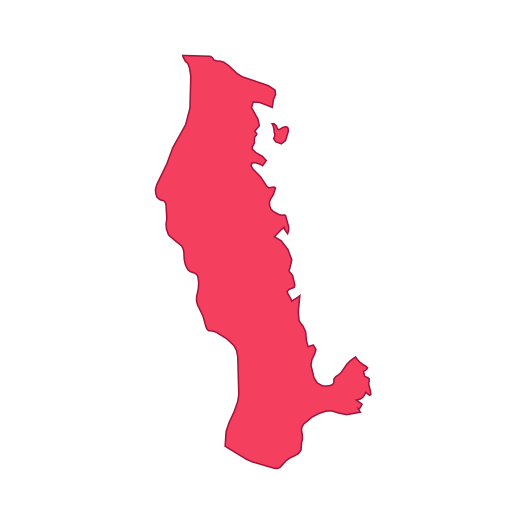 the County of Blekinge, rotated 257°
{"feature_id": "SWE-262", "entity_name": "Blekinge", "entity_type": "County", "adm_level": 1, "iso_a3": "SWE", "parent_name": "Sweden", "parent_adm1": "", "projection": "natural_earth1", "projection_center": [15.198, 56.256], "detail": "fine", "context": "isolated", "style": "filled", "palette": "rose", "viewbox_px": 512, "rotation_deg": 257, "n_neighbors": 0, "source": "natural_earth", "source_scale": "10m", "svg_char_len": 2963}
<svg xmlns="http://www.w3.org/2000/svg" viewBox="0 0 512 512"><g transform="rotate(257 256 256)"><path d="M467.9,229.7L460.9,256.3L459.1,258.1L456.3,259.2L454.8,261.9L453.8,265.2L452.2,268.1L448.0,271.9L438.1,278.6L433.8,282.8L419.1,306.5L413.3,311.9L409.0,311.4L404.3,308.1L397.1,305.3L404.7,294.2L406.7,287.9L401.5,285.0L388.8,288.7L382.3,288.6L377.8,282.8L374.9,284.3L373.5,283.3L372.2,281.5L369.8,280.6L366.6,279.9L362.9,276.9L361.0,276.3L356.7,279.2L351.7,284.6L346.7,287.5L342.5,282.8L344.3,280.8L346.7,277.0L347.7,273.2L345.2,271.5L341.7,272.4L332.0,278.3L321.2,282.3L319.6,283.9L319.2,289.1L317.9,290.3L312.8,287.3L310.8,285.7L308.7,283.4L305.9,281.4L302.1,280.6L298.4,281.1L295.7,282.7L291.5,287.3L289.8,290.5L289.8,292.6L288.6,293.9L277.2,294.4L273.7,293.7L270.6,291.8L275.6,289.8L277.6,289.8L276.1,286.6L270.6,278.3L265.1,284.0L255.0,288.6L244.2,290.0L236.4,286.2L234.5,284.8L232.4,285.4L230.5,286.6L228.5,287.3L218.8,287.3L216.8,286.1L215.9,280.4L214.3,278.3L212.5,278.5L206.3,280.3L203.8,280.6L204.7,282.6L206.5,287.8L207.5,289.8L192.0,284.6L183.0,283.4L176.5,286.2L170.8,287.3L162.4,286.1L156.0,286.3L156.4,291.8L151.4,293.4L147.1,290.9L142.6,287.2L137.1,285.0L124.4,285.1L118.4,287.2L114.4,291.8L113.6,294.6L113.1,298.4L113.5,301.8L115.2,303.3L118.8,304.3L120.6,306.8L121.7,309.8L123.1,312.5L130.3,320.4L132.8,324.4L135.3,330.3L132.4,331.4L129.1,333.3L126.2,335.8L123.9,338.2L121.9,339.6L120.6,338.2L119.4,334.8L114.3,334.8L112.5,337.3L111.0,338.7L108.8,338.2L107.0,337.3L105.0,337.0L97.8,337.1L95.2,336.7L94.7,335.3L98.4,332.3L96.2,330.5L94.2,328.2L93.1,325.2L93.1,321.3L87.7,326.0L84.9,323.6L83.8,322.1L84.4,321.3L81.2,322.1L80.3,322.6L81.0,308.7L84.5,300.9L88.0,295.1L89.1,289.4L88.4,281.9L86.4,274.3L81.6,264.8L79.4,262.6L77.7,261.6L75.6,261.1L72.4,261.0L68.9,260.5L66.6,259.8L64.1,258.5L56.8,256.2L54.1,253.2L52.6,248.5L51.6,243.6L49.7,239.2L44.6,231.8L44.1,229.1L44.9,226.3L56.2,206.1L60.1,200.9L77.6,183.1L91.8,187.4L99.6,192.2L109.1,199.6L118.2,205.4L124.7,208.0L161.6,215.5L167.9,215.8L173.3,214.6L181.7,209.1L190.6,200.1L192.3,197.5L193.3,195.0L193.9,193.0L195.8,191.8L198.5,191.3L209.6,190.8L221.6,188.0L226.1,188.0L229.6,188.9L237.3,192.5L243.2,194.2L247.4,194.6L250.2,194.5L251.9,193.6L253.2,192.4L254.2,190.5L255.7,188.3L258.2,186.4L263.5,185.2L268.9,185.3L276.1,186.6L279.7,186.6L282.6,185.8L287.9,181.6L295.0,176.3L296.5,175.5L302.2,174.8L307.0,175.4L312.5,177.5L326.1,179.8L328.2,179.7L330.3,178.9L331.2,177.5L331.7,176.3L332.2,175.5L333.0,174.6L335.5,172.8L338.6,172.4L342.9,172.8L347.7,175.2L365.9,189.9L380.3,199.3L399.7,216.9L415.0,224.9L445.8,232.9L453.9,233.5L458.9,232.9L461.6,231.0L466.5,229.7L467.9,229.7ZM375.7,302.0L378.9,302.0L381.2,301.4L381.0,303.2L378.0,305.1L374.6,305.6L374.0,307.3L375.2,310.9L375.3,313.8L374.9,315.1L373.6,315.9L371.2,315.8L370.1,315.5L361.8,310.7L359.6,305.9L362.8,301.0L366.4,299.5L368.0,300.8L370.1,301.7L372.7,301.6L375.7,302.0Z" fill="#f43f5e" stroke="#9f1239" stroke-width="1.5"/></g></svg>